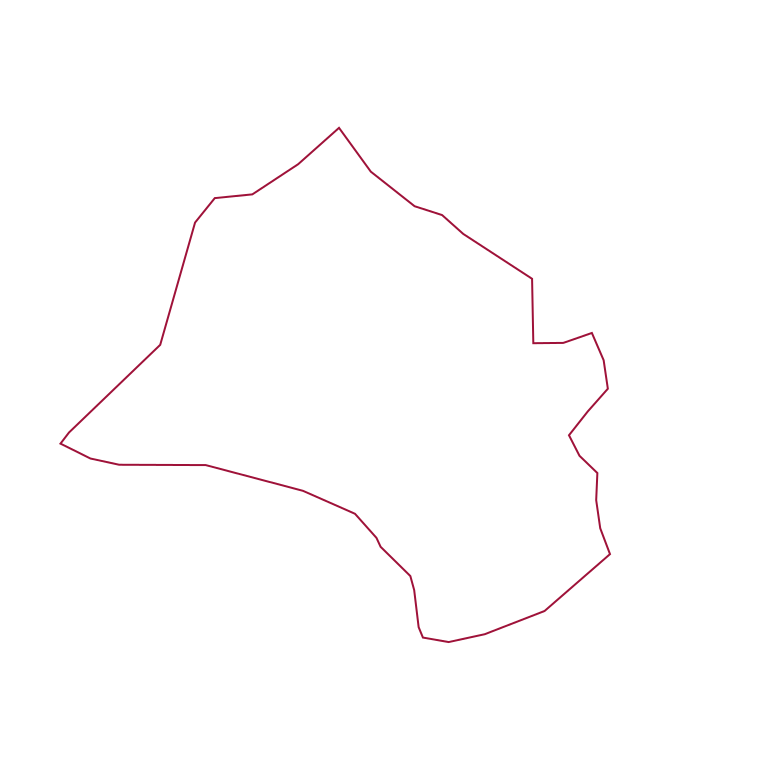 the Province of Dajabón, rotated 293°
{"feature_id": "DOM-1966", "entity_name": "Dajabón", "entity_type": "Province", "adm_level": 1, "iso_a3": "DOM", "parent_name": "Dominican Republic", "parent_adm1": "", "projection": "orthographic", "projection_center": [-71.618, 19.433], "detail": "fine", "context": "isolated", "style": "outline", "palette": "rose", "viewbox_px": 768, "rotation_deg": 293, "n_neighbors": 0, "source": "natural_earth", "source_scale": "10m", "svg_char_len": 658}
<svg xmlns="http://www.w3.org/2000/svg" viewBox="0 0 768 768"><g transform="rotate(293 384 384)"><path d="M198.2,579.8L193.1,574.6L171.7,544.3L165.8,518.9L173.7,510.9L206.1,492.3L217.5,483.3L232.8,444.5L239.4,437.2L253.2,408.0L254.0,351.1L239.7,251.6L206.2,171.8L200.7,142.9L202.7,109.5L216.3,113.0L332.6,162.7L458.8,147.0L489.0,155.6L507.1,188.7L552.8,219.1L602.2,242.5L574.3,288.9L559.6,342.7L562.2,371.5L553.1,398.3L538.7,479.2L479.9,505.5L491.9,533.0L512.2,555.4L491.7,576.9L467.1,591.9L438.4,582.3L409.1,574.3L394.3,592.0L385.4,615.2L360.0,624.7L335.7,639.4L315.7,658.5L237.8,620.5L198.2,579.8Z" fill="none" stroke="#9f1239" stroke-width="2"/></g></svg>